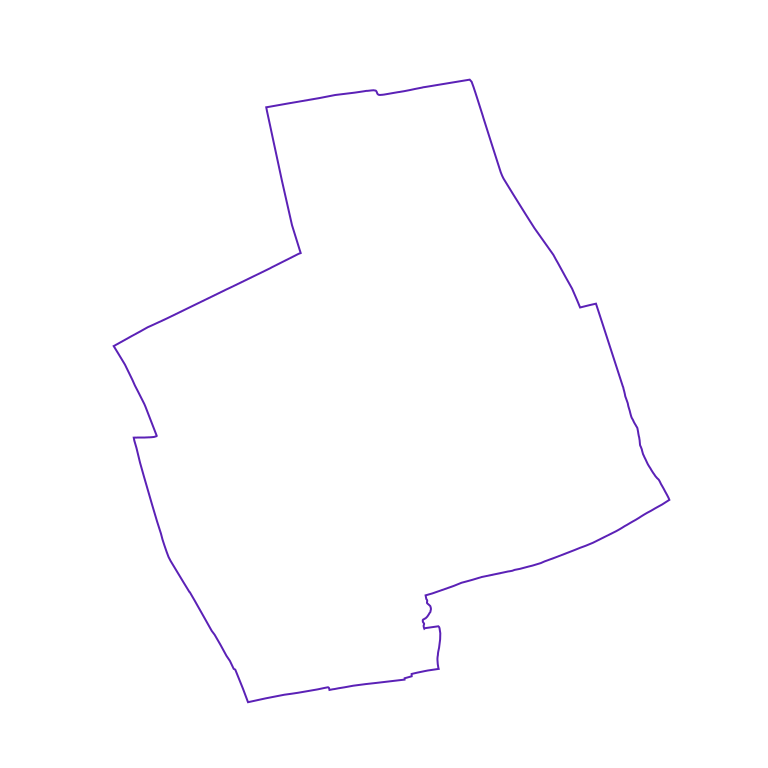 Baleni, Galati, Romania, rotated 349°
{"feature_id": "2599482B3331381217187", "entity_name": "Baleni", "entity_type": "district", "adm_level": 2, "iso_a3": "ROU", "parent_name": "Romania", "parent_adm1": "Galati", "projection": "orthographic", "projection_center": [27.839, 45.802], "detail": "fine", "context": "isolated", "style": "outline", "palette": "violet", "viewbox_px": 768, "rotation_deg": 349, "n_neighbors": 0, "source": "geoboundaries", "source_scale": "gbopen_adm2", "svg_char_len": 4638}
<svg xmlns="http://www.w3.org/2000/svg" viewBox="0 0 768 768"><g transform="rotate(349 384 384)"><path d="M321.2,89.9L321.2,93.9L321.5,108.3L321.8,124.6L322.0,134.3L322.6,165.1L324.0,210.5L326.8,236.1L327.2,239.3L327.2,239.6L325.1,239.9L295.6,248.2L295.1,248.4L294.5,248.6L277.3,253.2L251.4,260.1L247.0,261.2L246.3,261.4L203.7,272.8L183.1,278.3L166.4,282.4L162.9,283.2L156.5,285.3L156.3,285.4L145.8,288.7L125.9,295.2L129.0,303.5L133.4,315.5L137.7,331.5L139.2,338.0L141.2,344.8L144.9,357.9L145.5,360.7L151.0,391.4L150.8,391.8L148.2,392.1L145.0,391.8L141.1,391.2L139.0,390.9L136.8,390.5L132.8,389.7L129.8,389.2L128.1,388.9L128.1,389.1L128.1,389.6L128.1,390.6L128.1,392.3L128.2,392.5L128.2,393.0L128.8,399.4L128.9,401.4L129.5,414.6L130.7,429.1L132.0,443.5L133.3,458.0L135.0,475.5L136.2,485.7L136.5,488.2L136.9,494.4L137.7,500.9L138.6,507.3L139.5,512.7L140.8,517.1L149.3,540.3L153.3,551.0L153.6,551.2L154.0,552.3L155.4,556.4L156.8,560.4L163.8,581.4L167.8,593.5L169.9,597.8L173.7,608.8L177.5,620.8L179.9,626.4L182.1,634.9L183.5,636.0L187.4,656.1L189.8,670.4L190.2,670.4L194.4,670.3L207.9,670.0L215.6,670.0L218.4,670.0L226.9,670.0L233.9,670.4L240.9,670.7L260.2,671.1L261.2,671.1L267.2,671.0L270.9,671.0L271.5,671.2L271.7,671.5L271.9,671.7L272.1,672.8L272.1,673.9L275.6,673.9L277.1,674.0L281.4,674.0L284.4,674.1L287.4,674.2L296.3,674.3L309.0,675.1L320.0,676.0L342.5,677.7L347.8,678.1L348.1,676.8L351.8,676.5L355.4,676.2L355.8,673.9L361.2,673.7L368.8,673.6L372.4,673.6L383.3,674.1L383.2,672.4L383.3,670.5L383.3,669.4L383.5,667.8L383.8,665.2L384.1,663.6L384.6,661.9L385.2,660.3L385.6,658.7L386.3,656.8L387.7,653.5L390.4,645.3L391.7,639.4L391.9,634.3L391.7,633.1L391.1,632.2L377.6,631.5L376.9,631.9L376.7,630.9L376.7,630.2L376.7,629.2L376.8,628.7L377.2,628.0L377.5,627.5L377.6,627.2L377.6,626.8L377.5,626.6L377.4,626.3L377.2,625.9L377.0,625.4L376.8,625.0L376.8,624.4L376.9,623.9L377.0,623.2L377.5,622.7L378.3,622.5L379.2,622.1L380.0,622.0L380.9,621.4L382.1,620.6L384.2,618.5L384.7,617.8L385.4,617.2L385.9,616.8L386.2,616.2L386.4,615.5L386.9,614.6L387.1,613.9L387.2,613.3L387.2,612.2L387.1,611.6L387.1,611.0L386.9,610.6L386.6,610.2L386.1,609.5L385.4,608.6L385.0,608.1L384.7,607.7L384.5,607.3L384.5,606.9L384.6,606.3L384.9,605.6L385.0,605.1L385.1,604.6L385.0,604.3L384.9,603.9L384.5,603.1L384.5,599.4L391.5,598.8L414.0,595.5L422.2,593.9L426.6,593.6L433.2,593.1L443.1,592.1L465.4,591.8L469.9,591.7L472.0,591.8L474.4,591.8L476.7,591.4L478.8,591.4L482.1,591.4L491.0,590.8L495.0,590.6L503.8,589.7L507.7,588.8L518.4,587.1L520.1,586.8L539.2,583.4L545.3,582.2L551.0,581.3L558.9,579.7L571.1,576.3L583.4,572.9L585.0,572.4L588.0,571.4L590.7,570.4L593.0,569.5L595.5,568.7L599.1,567.4L601.7,566.5L605.1,565.4L608.6,564.1L611.3,563.0L614.2,561.9L617.9,560.6L621.6,559.5L623.6,558.8L626.4,557.8L630.4,556.5L633.9,555.4L637.9,553.8L640.2,552.9L642.0,552.2L641.6,550.1L640.7,547.0L639.5,543.3L638.6,540.3L637.8,537.9L636.8,535.0L636.1,532.3L635.7,531.1L635.4,530.3L635.0,529.7L634.1,528.5L633.8,527.9L632.9,526.4L631.9,524.0L631.2,522.5L630.7,521.2L630.1,519.7L629.4,517.6L628.7,515.9L628.2,514.6L627.7,513.2L627.3,511.7L626.9,510.1L626.4,508.1L625.8,505.9L625.6,505.2L625.5,504.6L625.3,503.8L625.1,503.0L624.9,502.3L624.8,501.0L624.7,499.8L624.6,498.4L624.6,497.3L624.4,496.4L624.2,495.0L623.9,493.9L623.8,493.5L623.7,492.7L623.9,490.7L624.1,488.8L624.2,488.0L624.2,486.7L624.3,485.4L624.2,483.8L624.2,481.3L624.3,479.5L624.3,478.0L624.3,476.9L624.3,475.8L624.2,475.1L623.6,473.6L623.1,472.0L622.8,471.3L622.3,469.8L622.0,468.8L621.8,468.1L621.8,467.8L621.7,467.6L621.5,466.7L620.9,465.0L620.7,464.4L620.6,463.9L620.4,462.2L620.2,459.5L620.1,457.2L619.8,454.4L619.6,452.3L619.6,449.4L618.8,444.0L618.5,442.3L618.5,441.5L618.5,441.0L618.5,440.6L618.5,439.6L618.4,437.1L618.2,434.2L618.2,432.9L617.9,431.5L617.9,431.3L610.3,368.9L607.4,345.6L600.9,345.8L591.1,346.3L589.6,338.9L586.8,326.2L582.8,314.1L577.7,298.1L576.5,294.6L574.9,289.5L561.5,259.9L558.3,251.8L555.1,243.6L546.9,222.2L540.5,205.1L539.7,202.1L539.0,198.5L535.3,167.3L532.3,141.4L532.2,140.1L530.0,121.2L529.3,115.4L528.8,111.6L528.6,109.9L528.0,106.1L527.7,104.1L526.2,101.6L491.2,100.6L487.1,100.5L480.7,100.3L479.0,100.2L478.1,100.3L470.9,100.3L466.0,100.4L465.1,100.4L460.6,100.4L459.5,100.4L455.9,100.3L455.2,100.3L453.4,100.2L449.0,100.1L443.7,100.0L439.0,99.9L438.3,99.8L437.6,99.8L436.9,99.7L435.1,99.5L434.0,99.1L433.4,98.6L432.9,97.8L432.5,95.6L432.2,94.9L431.8,94.4L430.7,94.0L429.6,93.6L429.2,93.6L427.7,93.4L426.1,93.3L423.9,93.1L422.7,92.9L419.4,92.8L410.8,92.4L399.6,91.6L391.2,91.0L375.8,91.0L342.9,90.3L324.9,90.0L321.2,89.9Z" fill="none" stroke="#5b21b6" stroke-width="2"/></g></svg>